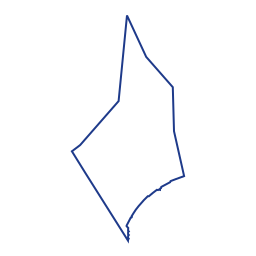 the district of 63, Qatar
{"feature_id": "91078587B45177861896297", "entity_name": "63", "entity_type": "district", "adm_level": 2, "iso_a3": "QAT", "parent_name": "Qatar", "parent_adm1": "", "projection": "natural_earth1", "projection_center": [51.521, 25.322], "detail": "fine", "context": "isolated", "style": "outline", "palette": "blue", "viewbox_px": 256, "rotation_deg": 0, "n_neighbors": 0, "source": "geoboundaries", "source_scale": "gbopen_adm2", "svg_char_len": 719}
<svg xmlns="http://www.w3.org/2000/svg" viewBox="0 0 256 256"><path d="M71.9,151.3L85.3,172.9L128.0,240.6L128.1,239.5L128.7,238.7L128.1,238.0L128.1,235.8L128.8,235.0L128.1,234.3L128.1,232.1L128.8,231.4L128.1,230.7L128.2,227.9L126.6,226.2L126.6,225.6L130.7,217.7L131.0,217.7L131.3,217.6L131.6,217.4L131.8,217.1L131.9,216.7L131.9,216.4L131.7,216.1L133.5,213.2L135.8,209.7L138.7,206.0L140.3,204.2L143.7,200.3L147.8,196.2L148.8,196.3L152.6,193.1L156.9,189.8L158.0,190.1L158.8,189.6L160.0,189.9L160.1,188.6L161.0,188.1L161.3,186.9L170.1,182.2L170.6,181.1L175.6,179.2L184.1,176.1L174.0,131.2L172.8,87.2L146.2,56.9L127.1,15.7L127.0,15.4L118.6,101.1L80.1,145.1L71.9,151.3Z" fill="none" stroke="#1e3a8a" stroke-width="2"/></svg>